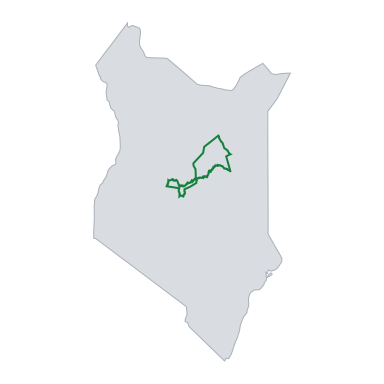 Isiolo North, Eastern, Kenya shown in context
{"feature_id": "3690345B29935700450408", "entity_name": "Isiolo North", "entity_type": "district", "adm_level": 2, "iso_a3": "KEN", "parent_name": "Kenya", "parent_adm1": "Eastern", "projection": "equal_earth", "projection_center": [38.187, 1.182], "detail": "fine", "context": "in_parent", "style": "outline", "palette": "green", "viewbox_px": 384, "rotation_deg": 0, "n_neighbors": 0, "source": "geoboundaries", "source_scale": "gbopen_adm2", "svg_char_len": 8081}
<svg xmlns="http://www.w3.org/2000/svg" viewBox="0 0 384 384"><path d="M93.8,238.5L93.7,232.9L94.3,218.5L94.2,205.8L94.7,199.5L97.0,195.5L98.1,192.6L98.9,188.5L100.1,185.2L102.9,182.5L103.3,181.0L106.3,176.5L108.0,170.7L109.3,168.7L111.0,166.9L112.1,165.9L114.1,164.9L115.6,164.4L115.8,163.9L116.0,163.0L115.5,159.4L116.1,158.2L117.1,155.8L118.3,153.6L119.3,152.2L119.9,150.7L120.2,148.2L120.3,146.4L120.2,143.4L119.9,136.8L118.7,131.2L117.9,125.0L118.5,122.9L117.5,119.3L117.0,119.1L116.2,118.3L115.2,114.8L114.5,111.7L114.0,110.9L110.7,108.2L109.1,101.7L107.2,100.2L106.2,93.8L106.1,92.0L107.1,85.6L107.0,84.1L105.9,82.7L102.8,81.3L100.3,78.7L100.6,77.8L100.8,76.8L99.5,76.2L95.7,65.2L100.6,58.6L105.6,51.9L112.1,43.5L117.9,35.7L123.0,29.0L127.5,23.0L127.4,24.2L127.5,25.7L128.0,26.6L128.9,27.3L130.2,26.6L131.4,25.7L132.5,25.5L139.3,28.0L140.4,30.1L140.3,32.5L140.6,34.1L140.1,35.9L139.5,41.0L139.7,45.7L141.7,49.2L143.5,51.9L145.0,55.8L146.0,57.0L147.5,57.6L152.2,57.8L159.1,58.0L165.8,58.2L166.4,58.3L167.8,58.9L173.9,64.1L179.5,68.8L184.3,73.0L188.9,77.0L193.4,80.9L196.8,84.1L200.3,85.1L205.8,85.6L209.7,85.8L213.2,87.1L218.5,88.4L222.5,89.1L224.9,89.8L231.5,90.5L232.6,90.1L235.5,86.5L238.8,80.6L240.1,77.4L244.3,74.2L251.7,69.8L257.0,66.6L262.8,63.4L265.4,66.2L269.1,70.6L270.7,72.8L272.0,73.7L274.0,74.4L276.4,74.4L277.7,74.3L280.4,73.7L286.7,73.2L290.3,73.2L287.3,79.1L283.7,86.1L277.0,99.0L271.9,105.8L268.1,110.9L267.7,111.8L267.8,117.5L267.8,131.5L267.9,159.5L268.0,187.5L268.1,215.5L268.1,229.4L268.1,234.1L271.5,240.0L274.8,245.8L279.2,253.4L281.5,257.5L281.9,258.8L281.8,261.5L278.2,267.2L275.2,269.8L271.3,271.1L270.1,270.8L268.5,270.0L267.9,271.4L267.4,273.5L266.6,273.1L265.9,272.4L266.3,276.2L266.7,278.1L266.1,280.6L264.2,282.8L264.0,284.7L259.8,289.6L253.9,290.1L250.8,292.5L249.5,294.5L248.4,298.8L248.8,305.5L247.1,310.6L246.8,313.1L243.8,316.5L242.4,319.5L241.4,322.6L240.5,324.0L239.5,330.9L238.1,335.1L237.7,336.5L237.3,337.8L236.2,340.3L235.5,342.0L235.0,343.1L231.4,353.9L228.6,358.7L226.4,358.2L224.9,360.1L224.8,361.0L224.0,360.5L222.2,358.7L218.4,355.0L214.6,351.3L210.8,347.7L207.1,344.0L203.3,340.4L199.5,336.7L195.7,333.0L191.9,329.4L189.7,327.2L188.7,325.9L188.0,323.4L187.6,322.8L186.6,322.0L185.4,321.8L185.1,321.3L185.1,320.1L185.5,318.3L186.9,315.0L187.0,313.0L186.8,310.8L186.3,307.2L185.9,306.3L183.4,304.5L178.2,300.5L172.9,296.6L167.7,292.6L162.4,288.7L157.2,284.7L151.9,280.8L146.7,276.8L141.4,272.9L136.2,268.9L130.9,265.0L125.7,261.0L120.4,257.1L115.1,253.1L109.9,249.2L104.6,245.2L99.4,241.3L97.4,239.8L95.6,238.5L93.8,238.5ZM268.5,276.9L267.6,277.2L268.0,275.3L270.7,272.9L271.8,273.4L272.1,274.0L272.0,274.5L271.5,275.0L268.5,276.9Z" fill="#d9dde1" stroke="#a8b0b8" stroke-width="1"/><path d="M218.4,135.6L215.3,138.0L214.3,138.9L204.2,146.8L203.1,152.9L193.4,163.3L193.5,165.6L195.5,169.2L195.9,178.5L196.7,179.2L196.8,179.0L196.8,178.8L196.8,178.6L197.1,178.6L197.3,178.2L197.6,178.2L198.0,178.1L198.2,178.3L198.5,178.3L198.7,177.8L198.9,177.7L199.0,177.8L199.1,177.7L199.5,177.9L199.9,177.6L200.3,177.7L200.8,177.6L200.9,177.8L201.1,177.9L201.3,177.7L201.6,177.7L201.8,177.9L202.2,177.8L202.4,177.8L202.7,177.2L202.9,177.5L203.1,177.3L203.5,177.7L203.8,176.9L204.0,176.8L204.1,177.2L204.4,177.0L204.4,176.8L204.4,176.5L204.6,176.6L204.8,176.4L204.9,176.5L205.1,176.4L205.3,176.5L205.5,176.4L205.8,176.6L205.9,176.4L206.4,176.5L206.5,176.5L206.4,176.3L206.7,176.1L206.9,176.2L206.9,176.4L207.0,176.3L207.3,176.6L207.4,176.2L207.5,175.9L207.6,175.7L207.6,175.4L207.8,174.9L208.2,174.7L208.5,174.1L208.5,173.7L208.6,173.4L208.5,173.0L208.7,172.8L208.5,172.6L208.6,172.3L208.7,172.2L208.7,171.8L208.9,171.2L209.1,171.3L209.2,171.1L209.4,171.3L209.6,171.3L209.8,171.3L209.9,171.5L210.0,171.5L210.2,171.4L210.3,171.5L210.4,171.3L210.7,171.4L210.7,171.2L210.8,171.3L210.9,171.0L211.0,171.1L210.9,170.8L211.0,170.8L211.0,170.6L211.2,170.4L211.7,170.1L211.7,169.9L211.8,169.8L211.9,169.6L212.0,169.7L212.3,169.7L212.6,169.4L212.6,169.0L212.7,168.9L212.8,168.8L212.7,168.5L212.8,168.4L213.0,168.5L213.1,168.4L213.0,167.9L213.2,167.6L213.4,167.6L213.4,167.4L213.6,167.4L213.6,167.2L213.8,167.3L213.9,167.0L214.2,166.8L214.2,166.7L214.4,166.7L214.6,166.6L214.7,166.4L214.8,166.4L214.9,166.1L215.0,166.1L215.1,165.9L215.2,166.1L215.4,165.8L215.7,165.7L215.8,165.7L215.9,165.4L215.9,165.6L216.5,165.4L216.9,165.7L217.1,165.8L217.3,165.7L217.5,165.3L217.7,165.6L217.8,165.5L218.3,165.6L218.5,165.3L218.5,165.2L218.8,165.1L219.0,165.2L219.3,165.1L219.6,165.1L219.8,165.4L220.0,165.3L220.3,165.4L220.4,165.5L220.5,165.5L221.0,165.9L221.4,165.9L221.7,166.1L222.2,166.1L222.3,166.4L222.6,166.4L222.7,166.5L222.9,166.6L223.0,166.9L223.3,167.3L223.7,167.6L223.8,167.7L223.7,167.9L224.0,168.5L224.0,168.4L224.2,168.6L224.4,168.6L224.6,168.6L224.8,168.6L225.3,168.6L225.5,168.7L225.9,168.6L226.2,168.9L226.4,168.8L226.7,169.0L226.8,168.9L227.3,169.3L227.4,169.5L227.5,169.4L227.9,169.9L228.2,170.0L228.4,169.9L228.5,170.0L228.8,170.1L229.0,170.3L229.8,171.1L230.4,171.6L230.6,172.0L226.2,156.4L228.5,155.1L230.4,154.3L230.2,154.2L229.6,153.5L229.3,153.5L229.2,153.3L229.1,153.0L228.9,153.0L228.8,152.7L228.6,152.5L228.0,151.3L227.9,151.2L227.8,150.8L227.7,150.8L227.5,150.5L227.3,150.5L227.1,150.1L226.9,149.9L226.7,149.9L226.4,149.6L226.3,149.4L226.0,149.2L225.8,149.2L225.4,148.8L224.6,148.5L224.4,148.3L223.7,146.7L223.6,145.9L223.3,145.1L222.8,144.2L222.9,143.7L222.5,143.0L222.3,142.6L221.9,142.4L221.7,142.1L221.4,141.8L221.1,141.7L220.8,141.3L220.8,140.8L220.5,140.6L220.1,139.6L219.7,139.1L219.4,138.7L219.2,138.6L219.1,137.9L219.2,137.5L219.0,137.1L219.0,136.5L218.4,135.6ZM183.8,194.3L184.4,194.3L185.0,193.5L184.8,191.9L184.5,191.9L184.4,191.6L184.4,190.0L184.5,189.3L190.4,186.6L196.3,183.0L196.3,182.8L196.3,181.9L196.4,181.5L196.6,181.1L196.7,180.8L196.8,180.5L196.7,180.0L196.7,179.6L196.7,179.2L196.0,179.4L195.9,179.2L195.5,178.9L195.3,178.7L195.1,178.8L195.1,178.5L194.9,178.6L194.9,178.9L194.7,179.1L194.6,179.4L194.4,179.4L194.0,180.1L193.7,180.3L193.6,180.5L193.4,180.5L193.0,181.2L192.7,181.3L192.6,181.5L192.5,181.3L192.3,181.3L192.3,181.0L192.2,181.1L192.0,180.7L191.7,180.5L191.6,180.8L191.6,181.0L191.0,181.5L190.8,182.0L190.9,182.3L190.6,182.7L189.8,182.8L189.6,182.9L189.4,182.7L189.2,182.7L188.8,182.9L188.5,182.8L188.4,182.8L188.2,183.2L188.1,183.3L187.9,183.5L187.7,183.3L187.6,183.0L187.1,183.2L187.0,183.4L186.9,183.9L186.7,184.0L186.7,183.9L186.5,184.2L186.1,184.3L185.9,184.6L185.8,184.8L185.8,185.0L185.7,185.3L185.4,185.4L185.0,185.6L184.8,185.6L184.6,185.7L184.4,185.7L184.4,186.1L184.2,186.1L184.0,186.3L183.8,186.3L183.5,186.0L183.2,186.4L182.8,186.4L182.6,186.3L182.5,186.1L182.2,186.0L182.2,185.8L182.2,185.7L181.8,185.7L181.7,185.5L181.4,185.8L181.1,185.9L180.9,185.9L180.8,186.0L180.6,185.8L180.5,186.0L180.1,186.0L179.7,186.1L179.3,185.7L179.0,185.7L179.0,185.3L178.8,185.3L178.8,184.6L178.5,184.0L178.5,183.8L178.2,183.6L178.1,183.3L178.1,183.1L177.6,181.8L177.5,181.3L177.2,180.9L176.8,180.5L176.4,179.9L176.1,179.9L175.5,180.7L175.2,180.6L175.0,180.4L174.5,180.6L174.4,180.5L174.1,180.6L174.0,180.3L173.8,180.2L173.4,180.0L173.2,179.8L173.1,179.4L172.9,179.3L172.7,179.1L171.8,179.4L171.8,179.8L171.6,179.7L170.3,180.3L169.9,180.3L169.6,180.5L169.4,180.4L169.2,180.6L168.8,180.5L168.4,180.2L168.4,180.5L168.4,180.8L168.2,181.2L168.3,182.8L168.1,183.3L167.9,183.3L167.9,183.7L167.8,183.8L167.8,184.3L167.5,184.3L167.5,184.6L167.4,184.6L167.3,185.0L167.2,184.9L167.1,185.1L166.9,185.4L166.8,185.6L166.8,186.1L166.7,186.3L179.2,188.2L179.1,188.4L178.9,188.6L178.9,188.8L179.0,189.0L178.9,189.2L178.9,189.4L178.9,189.7L178.7,190.0L178.7,190.5L178.7,190.8L178.8,191.5L179.0,191.6L179.2,192.1L179.2,192.5L179.4,192.6L179.4,193.1L179.5,193.2L179.5,193.4L179.7,193.5L179.7,194.4L179.8,194.7L179.7,194.8L179.8,194.9L179.8,195.2L179.7,195.4L179.8,195.5L179.6,195.7L179.6,195.8L179.6,196.1L179.4,196.1L179.4,196.3L179.9,195.8L179.9,195.4L180.7,195.4L181.5,195.8L183.3,196.5L183.6,195.9L183.5,195.7L183.6,195.4L183.6,195.1L183.5,194.9L183.6,194.6L183.8,194.3Z" fill="none" stroke="#15803d" stroke-width="2"/></svg>